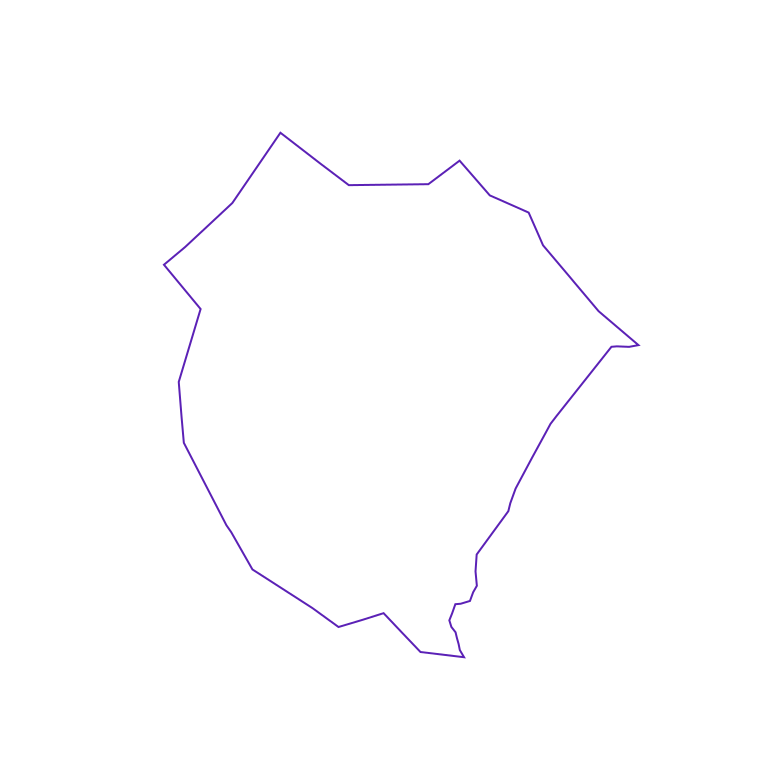 outline of Massapê do Piauí, Piauí, Brazil, rotated 47°
{"feature_id": "56859067B40458621475614", "entity_name": "Massapê do Piauí", "entity_type": "district", "adm_level": 2, "iso_a3": "BRA", "parent_name": "Brazil", "parent_adm1": "Piauí", "projection": "robinson", "projection_center": [-41.055, -7.533], "detail": "fine", "context": "isolated", "style": "outline", "palette": "violet", "viewbox_px": 768, "rotation_deg": 47, "n_neighbors": 0, "source": "geoboundaries", "source_scale": "gbopen_adm2", "svg_char_len": 873}
<svg xmlns="http://www.w3.org/2000/svg" viewBox="0 0 768 768"><g transform="rotate(47 384 384)"><path d="M529.1,171.4L477.2,177.4L439.3,175.5L434.2,175.2L391.0,173.1L379.4,169.0L357.3,161.3L340.6,168.4L318.2,178.0L290.1,177.0L272.2,176.4L268.1,215.3L221.6,266.4L214.6,274.1L179.6,280.2L129.6,288.4L148.2,371.5L148.2,395.3L148.2,435.9L146.7,463.6L204.1,467.0L242.5,532.7L270.0,554.5L290.5,570.5L379.9,595.6L388.2,596.8L429.9,606.7L498.9,589.2L530.7,583.0L542.1,560.0L551.3,540.6L578.0,540.4L604.9,540.1L638.4,511.8L630.3,510.0L625.1,506.8L619.5,503.9L614.4,501.0L607.6,500.4L601.4,497.4L598.2,490.6L593.7,482.0L597.0,477.8L601.3,469.1L597.1,460.8L594.9,453.7L583.5,444.9L571.9,432.5L561.8,379.8L557.3,372.9L550.2,359.0L538.9,326.0L530.0,299.2L526.7,289.4L525.1,279.8L511.9,192.3L515.3,188.0L524.0,179.4L529.1,171.4Z" fill="none" stroke="#5b21b6" stroke-width="2"/></g></svg>